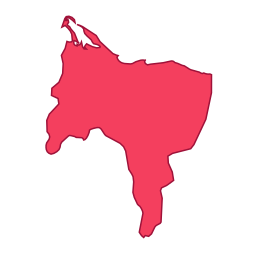 an SVG outline of Constanta, rotated 273°
{"feature_id": "ROU-133", "entity_name": "Constanta", "entity_type": "County", "adm_level": 1, "iso_a3": "ROU", "parent_name": "Romania", "parent_adm1": "", "projection": "robinson", "projection_center": [28.37, 44.259], "detail": "fine", "context": "isolated", "style": "filled", "palette": "rose", "viewbox_px": 256, "rotation_deg": 273, "n_neighbors": 0, "source": "natural_earth", "source_scale": "10m", "svg_char_len": 2465}
<svg xmlns="http://www.w3.org/2000/svg" viewBox="0 0 256 256"><g transform="rotate(273 128 128)"><path d="M35.8,165.9L34.5,165.1L32.1,161.2L30.6,160.0L23.5,157.0L20.9,154.3L21.5,150.8L19.5,149.4L21.1,147.3L22.6,146.1L24.5,144.7L43.6,147.4L45.6,146.9L48.2,145.6L50.4,144.0L51.4,142.5L52.5,141.4L59.1,137.9L64.0,136.3L74.5,136.5L79.7,135.6L82.2,134.2L86.7,131.0L104.9,126.9L109.1,124.6L112.3,120.9L116.0,113.1L119.2,106.3L120.3,105.1L125.5,101.3L126.9,99.4L126.8,97.0L125.9,93.8L124.8,91.0L123.9,89.7L121.6,89.4L118.5,88.4L115.7,87.0L114.1,85.5L113.7,84.3L115.1,83.7L115.9,82.3L115.9,76.8L116.7,75.2L117.4,71.5L117.5,70.1L117.1,69.1L110.5,62.6L108.3,61.5L105.1,61.1L102.8,60.2L100.6,58.1L98.8,55.3L97.9,52.5L98.7,50.3L100.1,48.6L102.1,47.6L104.1,47.2L106.5,47.1L108.9,47.6L112.6,49.8L115.0,50.3L117.6,49.5L120.1,47.4L131.4,46.5L137.7,48.7L143.0,53.2L148.4,57.7L153.8,56.6L156.5,49.9L163.7,49.9L170.0,56.6L179.0,59.9L188.9,59.9L197.0,57.7L204.2,61.1L211.3,62.5L210.7,64.7L211.1,67.2L212.2,67.9L218.8,66.9L221.8,65.3L224.5,62.9L227.1,59.9L225.3,56.7L234.0,59.2L236.0,60.5L236.5,63.2L235.5,66.3L233.4,68.8L230.4,69.6L232.6,67.0L234.7,64.0L235.0,61.4L232.1,59.9L232.1,61.1L233.1,62.2L232.8,62.6L230.4,63.2L228.6,62.1L227.9,62.0L227.3,62.5L226.8,63.2L226.2,64.3L223.8,65.9L219.9,69.6L217.7,70.6L211.6,73.4L209.9,74.8L212.1,71.2L212.5,69.6L210.6,69.3L209.0,69.7L207.9,70.7L207.3,72.8L209.0,72.8L208.2,74.3L208.7,75.5L209.9,76.4L211.6,77.0L206.6,78.4L204.7,79.9L204.7,82.3L205.3,81.6L206.1,80.8L206.5,80.2L208.3,81.1L209.9,82.3L208.9,84.4L207.3,88.4L206.4,92.6L207.0,95.7L208.0,95.9L209.0,94.7L209.7,93.0L210.4,89.3L211.7,88.1L214.2,86.6L217.9,82.1L220.1,79.9L222.3,79.0L224.7,78.5L226.4,76.8L227.5,74.7L228.7,71.7L227.9,74.7L226.8,77.4L218.7,91.4L212.8,95.5L201.5,109.0L200.2,112.5L199.8,114.4L198.2,113.3L196.2,114.1L194.6,115.4L193.3,117.2L192.6,119.0L192.2,121.2L192.1,127.1L192.6,129.1L194.6,132.4L196.4,137.3L196.7,139.6L196.3,141.0L197.2,142.0L195.5,141.1L194.0,141.5L192.8,142.7L192.1,144.2L192.9,147.1L195.0,159.7L197.2,167.8L197.2,168.7L196.9,170.0L195.8,171.4L195.1,174.3L193.4,178.8L193.0,181.0L190.0,186.3L189.4,187.8L187.5,196.4L186.7,197.8L186.3,199.3L186.9,200.8L186.4,202.2L186.1,203.7L186.0,205.4L186.2,207.0L185.6,208.6L167.5,209.5L140.8,205.3L114.9,194.7L110.6,191.7L105.0,173.8L102.0,169.3L95.1,170.1L86.4,174.5L78.1,176.3L73.2,170.3L72.5,169.3L70.0,164.6L67.1,163.7L59.7,165.8L35.8,165.9Z" fill="#f43f5e" stroke="#9f1239" stroke-width="1.5"/></g></svg>